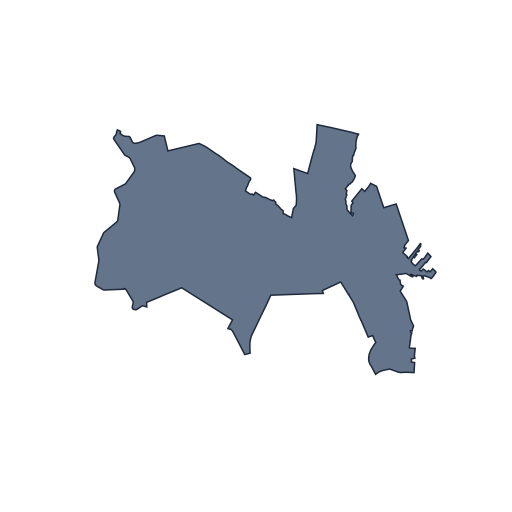 Horia, Constanta, Romania, rotated 244°
{"feature_id": "2599482B9028808078144", "entity_name": "Horia", "entity_type": "district", "adm_level": 2, "iso_a3": "ROU", "parent_name": "Romania", "parent_adm1": "Constanta", "projection": "natural_earth1", "projection_center": [28.113, 44.634], "detail": "fine", "context": "isolated", "style": "filled", "palette": "slate", "viewbox_px": 512, "rotation_deg": 244, "n_neighbors": 0, "source": "geoboundaries", "source_scale": "gbopen_adm2", "svg_char_len": 6066}
<svg xmlns="http://www.w3.org/2000/svg" viewBox="0 0 512 512"><g transform="rotate(244 256 256)"><path d="M81.9,346.9L90.7,351.9L92.5,349.2L95.4,350.6L94.4,353.9L97.0,354.7L103.2,358.6L106.0,353.4L105.9,353.3L111.8,357.3L116.8,360.6L118.5,362.3L119.4,361.5L121.1,362.1L120.2,363.6L122.0,364.8L123.1,366.2L124.2,366.9L124.6,367.1L126.4,367.0L128.4,366.9L128.9,367.1L130.8,367.0L136.1,368.4L140.1,369.3L147.6,371.2L149.4,371.5L161.2,370.2L164.3,375.2L166.1,374.0L167.3,373.6L170.3,374.5L171.1,374.9L171.5,374.3L174.2,373.9L174.6,373.8L175.1,373.9L175.6,374.1L176.9,374.1L177.4,373.9L177.7,373.9L175.9,378.7L174.8,382.6L174.6,383.0L173.7,383.9L170.2,386.1L169.2,387.0L168.6,387.7L169.0,388.2L171.2,386.6L171.5,386.8L171.7,387.1L171.6,387.5L169.2,389.4L167.3,391.4L168.2,392.0L167.0,394.0L166.3,395.3L166.0,395.7L165.6,395.8L163.9,395.7L163.0,395.7L162.4,395.8L162.1,396.2L162.0,396.5L162.3,396.7L164.8,397.1L164.7,397.7L164.6,398.2L163.8,399.4L161.7,401.4L159.9,403.1L159.5,403.2L159.2,403.2L159.0,403.4L159.1,404.1L160.1,406.5L161.1,408.1L162.0,409.9L162.2,410.4L163.2,410.7L167.1,409.2L166.1,407.1L165.5,405.6L166.6,405.1L167.3,404.8L167.4,404.7L166.7,402.9L167.0,402.6L167.3,402.3L168.3,402.0L169.8,401.4L171.0,400.6L170.2,398.5L170.2,398.1L170.2,397.8L170.5,397.5L171.5,396.8L171.8,396.7L172.1,396.8L173.3,399.9L175.1,403.8L175.9,405.4L175.8,405.9L175.4,406.1L175.4,406.4L178.8,413.0L183.3,411.7L181.8,408.9L181.0,407.6L180.0,405.3L179.9,404.9L179.9,404.6L180.7,403.9L180.8,403.6L177.9,396.5L177.6,395.6L177.5,394.7L180.1,393.6L182.9,392.8L183.5,394.0L184.4,393.9L185.9,396.9L185.0,397.5L185.1,398.0L185.5,398.6L186.0,398.5L186.7,398.1L187.3,399.0L186.2,400.1L186.8,401.2L188.0,400.3L189.3,402.5L188.8,403.3L188.6,404.0L188.7,404.4L189.3,405.1L190.1,404.5L190.3,404.4L190.5,404.4L190.6,404.5L192.4,408.0L192.6,408.2L193.2,408.3L193.6,408.9L193.9,409.1L194.5,409.4L194.9,409.4L195.1,409.2L192.2,403.5L191.0,400.8L189.5,397.6L188.1,394.4L186.8,391.8L188.8,391.1L189.1,391.7L194.8,389.4L197.3,394.4L197.5,394.3L197.7,393.5L198.6,392.6L199.7,393.9L200.4,394.2L203.1,399.8L241.3,404.8L243.4,392.0L265.8,394.9L271.1,390.9L269.1,387.9L266.4,382.0L270.1,380.6L263.3,366.1L261.4,366.6L259.9,363.8L254.1,360.7L253.6,360.6L252.8,361.0L251.7,362.3L250.7,361.6L249.9,360.4L257.5,358.1L261.1,359.6L263.4,359.6L265.9,360.9L267.7,361.1L271.2,364.5L272.0,364.2L274.7,366.1L274.8,366.3L277.2,365.8L279.4,370.1L279.2,370.2L279.8,370.9L279.8,371.3L279.5,372.1L279.6,372.7L280.0,373.3L280.3,374.0L280.3,375.0L280.6,375.6L281.3,376.3L281.5,376.6L281.5,376.9L284.1,380.1L284.5,380.4L285.3,380.5L290.2,379.9L293.7,380.1L295.6,380.5L297.0,381.4L298.8,383.9L299.4,384.4L301.8,385.6L303.6,386.8L303.5,387.7L304.6,388.6L305.2,389.0L305.8,389.6L307.6,391.6L308.2,392.4L309.1,393.1L310.0,393.6L310.5,393.6L315.0,396.1L315.6,396.5L317.1,397.7L319.4,399.9L320.0,400.9L320.5,401.6L321.0,401.2L321.8,400.0L325.3,396.1L339.3,378.8L339.6,378.3L347.3,368.5L336.6,362.6L331.5,359.6L330.3,358.6L328.7,357.2L327.3,356.1L326.2,355.1L326.1,354.8L318.6,348.1L307.5,338.6L311.2,334.9L318.0,328.3L295.8,319.9L293.3,319.1L289.6,317.5L284.0,314.4L282.4,310.5L274.9,304.8L275.7,304.1L278.1,302.2L281.1,300.2L281.6,299.3L281.8,299.1L282.1,299.1L282.5,299.2L284.7,300.2L285.0,300.2L286.3,299.4L287.2,299.0L288.9,298.6L291.6,297.8L293.9,296.7L294.2,296.6L295.2,297.0L295.5,297.3L296.3,297.2L296.8,296.9L297.3,296.7L298.4,296.6L298.6,296.4L298.5,295.6L298.6,295.1L300.8,293.0L303.0,291.4L304.9,289.9L305.1,288.9L305.9,288.1L313.0,283.8L313.5,283.4L311.8,280.7L312.4,280.2L313.5,279.7L313.8,278.1L319.0,275.1L321.4,277.2L322.7,279.1L324.4,280.8L325.4,281.9L327.0,284.5L327.7,285.1L328.4,285.3L330.1,284.5L338.1,279.9L344.0,276.6L345.4,276.0L348.2,274.4L352.7,271.6L354.6,270.6L357.1,269.5L359.3,268.4L363.7,266.1L364.8,265.2L374.8,259.6L376.9,258.3L382.1,254.2L389.1,222.9L403.3,226.0L404.0,226.3L406.1,223.0L406.4,222.4L407.8,220.1L408.1,219.5L408.2,219.1L408.3,218.2L408.4,215.6L409.1,200.9L409.3,199.9L410.1,197.3L410.3,196.6L410.7,196.0L411.2,195.5L411.5,195.2L412.1,195.0L413.0,194.9L417.4,194.9L418.6,194.7L418.8,194.5L419.1,194.3L420.2,192.2L421.3,190.5L422.1,189.6L422.6,189.2L425.8,187.6L426.9,188.8L427.9,188.6L430.1,186.7L428.6,185.1L427.4,184.3L426.9,183.8L426.5,183.3L425.3,180.8L424.7,180.0L424.3,179.6L423.9,179.4L422.8,179.5L420.7,179.8L405.2,182.1L404.4,182.3L403.8,182.6L401.9,184.0L400.3,185.0L399.4,185.4L398.7,185.6L388.9,185.6L388.2,185.5L387.5,185.2L386.2,184.6L384.9,183.1L382.3,178.2L378.1,170.4L377.9,164.1L377.8,158.8L377.7,158.5L377.0,157.6L376.1,157.1L375.7,157.0L375.0,156.9L364.7,156.7L363.2,156.6L362.6,156.5L361.7,156.1L361.1,155.7L349.1,147.7L348.5,147.2L348.1,146.6L347.7,145.8L346.3,140.2L343.8,129.6L343.3,128.8L341.2,126.3L334.3,117.8L333.6,117.2L332.5,116.8L320.9,112.9L303.4,100.1L302.2,99.3L301.4,99.1L300.9,99.0L300.2,99.1L299.4,99.4L298.5,99.8L295.1,102.2L293.4,103.3L292.5,103.9L291.9,104.8L285.9,118.5L284.3,122.3L284.0,122.8L284.5,123.2L284.2,123.8L283.7,124.2L282.2,124.5L269.2,125.6L268.2,125.3L267.0,124.6L264.7,122.6L263.7,122.1L262.6,122.2L262.2,122.2L261.7,122.6L261.0,123.4L260.4,124.4L260.2,125.0L260.4,127.2L261.0,131.2L261.0,132.0L260.8,132.5L258.1,135.5L262.3,137.4L261.5,149.7L261.2,157.1L260.2,171.4L260.1,175.2L230.9,193.3L208.9,206.9L203.2,199.0L203.0,198.9L201.4,200.9L200.9,201.3L199.9,201.7L198.8,202.0L190.2,202.3L176.0,202.6L174.2,202.7L173.3,202.7L172.8,202.5L172.4,202.6L171.3,207.7L171.2,208.0L176.9,210.6L180.5,212.4L182.5,213.7L183.5,214.5L185.0,215.7L186.1,216.8L187.3,218.2L193.6,226.2L198.9,232.8L207.7,244.1L214.3,252.2L214.2,252.3L196.8,291.5L192.8,300.1L195.9,300.5L195.5,320.8L180.9,322.2L180.9,322.7L180.5,322.8L180.2,322.5L179.8,322.4L171.8,323.2L156.7,322.3L152.3,322.1L151.6,322.2L133.9,321.3L133.4,325.9L125.7,325.7L124.4,323.1L121.1,317.8L119.0,315.7L118.7,315.2L117.7,314.4L116.5,313.5L114.1,312.1L112.9,311.6L111.4,311.2L109.9,311.1L108.6,311.0L106.7,311.3L106.4,311.3L97.2,311.6L97.9,315.7L97.5,319.9L95.8,326.6L89.4,332.8L87.8,334.9L86.7,337.8L85.0,341.3L81.9,346.9Z" fill="#64748b" stroke="#1e293b" stroke-width="1.5"/></g></svg>